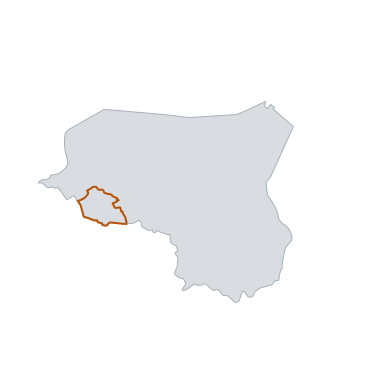 location of Maysan within Iraq, rotated 145°
{"feature_id": "IRQ-3226", "entity_name": "Maysan", "entity_type": "Province", "adm_level": 1, "iso_a3": "IRQ", "parent_name": "Iraq", "parent_adm1": "", "projection": "robinson", "projection_center": [47.004, 31.976], "detail": "fine", "context": "in_parent", "style": "outline", "palette": "amber", "viewbox_px": 384, "rotation_deg": 145, "n_neighbors": 0, "source": "natural_earth", "source_scale": "10m", "svg_char_len": 4795}
<svg xmlns="http://www.w3.org/2000/svg" viewBox="0 0 384 384"><g transform="rotate(145 192 192)"><path d="M161.5,77.8L163.9,77.2L168.3,73.7L170.9,70.4L171.7,70.1L174.0,71.2L175.6,71.5L179.4,70.2L181.6,70.9L183.5,71.7L184.5,71.8L189.6,73.8L190.8,74.1L193.5,74.3L197.3,74.4L199.9,73.1L201.6,71.8L202.9,71.8L204.1,72.1L205.1,72.7L206.0,73.7L206.3,75.0L206.1,79.5L206.5,80.6L207.2,81.5L208.1,81.6L209.1,80.7L211.0,79.3L213.3,77.7L215.0,76.3L216.0,75.8L217.5,75.9L219.0,76.1L219.8,76.8L219.8,77.0L220.6,79.1L222.5,86.9L223.7,87.8L225.0,88.7L225.9,89.8L226.2,91.0L226.1,92.8L226.1,94.9L226.6,96.5L227.4,97.7L228.1,98.3L229.1,98.3L230.4,98.6L231.2,99.8L233.8,108.7L234.1,109.8L235.2,110.2L237.0,110.0L238.9,110.9L240.9,112.4L242.8,115.0L244.1,115.5L248.2,115.1L253.7,115.5L256.2,116.9L256.0,117.8L254.0,118.7L250.5,119.8L249.4,121.7L248.8,124.2L248.9,125.6L249.8,127.1L252.3,130.1L252.4,131.2L252.8,132.7L253.3,133.8L252.8,135.8L250.5,137.2L247.6,138.7L241.6,145.5L241.1,146.9L241.2,150.9L240.6,152.1L238.7,152.0L237.2,151.8L237.1,153.2L236.2,155.1L235.7,156.7L237.8,160.5L238.2,162.6L237.8,164.4L235.8,167.6L234.6,169.8L234.9,170.2L236.5,171.1L241.4,178.1L242.9,180.6L245.0,179.9L245.8,180.0L246.4,180.4L246.8,181.2L246.8,182.3L246.2,183.8L248.9,184.5L249.8,186.1L252.9,191.5L252.8,193.2L251.3,195.7L251.3,197.5L251.6,199.0L252.1,199.5L256.7,199.7L258.6,200.4L263.3,203.2L268.7,207.4L273.2,211.0L276.9,214.0L281.0,213.7L282.1,214.3L283.1,215.2L284.3,217.7L286.6,223.2L288.6,225.1L291.6,229.5L294.5,233.7L292.6,239.4L290.8,245.3L290.8,252.9L290.8,257.0L294.7,257.1L299.0,257.3L299.1,262.2L299.1,267.1L299.2,272.7L300.5,273.0L302.5,274.2L303.4,276.0L304.5,277.0L305.8,277.1L307.1,278.0L308.4,279.6L308.8,280.9L308.5,281.7L308.8,283.2L309.7,285.3L310.8,286.3L312.5,287.5L310.2,288.2L307.7,287.7L302.4,285.2L300.7,285.1L298.4,286.1L298.3,286.9L292.7,284.2L290.7,283.6L290.0,283.5L286.8,283.6L282.2,284.1L279.5,285.2L277.6,286.4L276.8,287.5L276.5,288.2L275.0,291.6L273.3,296.0L271.6,300.0L268.2,305.6L266.3,308.1L262.2,312.9L257.9,313.9L247.7,313.0L236.5,311.9L225.3,310.9L216.9,310.1L216.3,309.8L208.1,303.0L201.6,297.6L193.6,290.8L185.3,283.9L177.0,276.9L171.0,271.9L163.6,265.3L157.0,259.4L151.7,254.7L145.0,250.6L139.7,247.3L132.0,242.7L125.9,238.9L120.7,235.7L112.6,230.8L109.9,229.5L101.5,227.8L93.6,226.4L85.3,225.0L79.8,224.0L83.5,220.5L82.5,217.3L79.8,217.9L77.4,218.7L76.0,213.8L77.9,213.2L76.3,206.8L74.7,200.2L73.1,193.9L71.5,187.4L78.6,183.2L83.9,180.1L91.3,175.7L98.4,171.5L105.1,167.5L112.6,163.1L119.2,159.2L125.3,157.6L126.6,156.3L129.4,150.9L131.8,146.3L132.0,145.3L132.1,138.7L132.7,131.1L133.5,127.0L135.0,123.4L136.2,120.8L136.4,118.3L136.3,115.8L135.1,112.0L133.9,108.1L134.1,104.3L134.4,102.3L135.3,99.0L136.8,96.7L138.3,95.2L144.0,93.7L147.4,92.8L152.0,88.6L154.7,86.1L158.5,82.1L161.3,79.2L161.5,78.2L161.5,77.8Z" fill="#d9dde1" stroke="#a8b0b8" stroke-width="1"/><path d="M264.1,203.5L265.3,204.5L266.9,205.5L268.0,206.6L275.4,213.1L276.2,213.7L276.9,214.1L277.7,214.3L278.6,214.2L279.0,214.0L280.2,213.4L280.5,213.4L281.9,213.9L282.4,214.2L282.7,214.6L283.0,215.0L283.4,215.5L284.1,216.0L284.2,216.3L284.3,216.6L284.2,216.8L284.0,217.0L283.8,217.5L283.7,217.6L283.7,217.8L283.9,218.2L284.0,218.3L284.7,219.0L284.9,219.2L285.0,219.4L285.4,220.0L285.5,220.1L285.8,220.3L285.9,220.6L286.4,221.0L286.5,221.4L286.5,221.8L286.4,222.1L286.2,222.3L286.1,222.6L286.1,223.1L286.1,223.3L286.3,223.4L286.6,223.5L287.0,223.7L287.2,224.0L287.4,224.3L287.8,224.3L288.2,224.5L288.3,224.6L288.7,225.1L289.2,226.4L289.6,226.9L290.5,227.3L290.7,227.8L290.8,228.3L291.7,229.9L291.9,230.2L292.3,230.5L292.5,230.6L292.7,230.9L292.8,231.4L292.9,231.6L293.3,232.1L294.3,232.8L294.6,233.4L294.7,234.0L294.5,234.7L290.8,245.1L290.7,250.1L287.3,249.2L283.7,248.8L282.6,248.9L279.2,249.8L278.3,250.2L277.8,250.7L277.4,251.4L277.1,253.2L272.7,252.9L270.1,252.9L269.2,252.4L268.8,252.1L267.7,251.2L267.5,250.8L267.4,250.5L267.4,250.2L267.4,249.9L267.5,248.9L267.5,248.6L267.5,248.3L267.4,248.0L267.3,247.7L266.9,247.3L266.7,247.0L266.4,246.8L264.2,245.4L263.8,244.2L263.7,243.9L263.8,243.5L264.0,243.0L264.2,242.6L264.3,242.0L264.2,241.6L264.0,241.1L263.8,240.8L263.0,240.1L262.6,239.7L261.8,238.4L261.6,238.3L260.9,237.8L259.9,236.7L259.3,235.2L259.4,234.8L259.5,234.2L257.5,230.9L256.9,229.6L257.1,229.1L257.6,228.8L258.0,228.7L257.9,228.5L257.6,228.1L257.1,227.5L260.2,227.4L261.1,227.5L262.0,228.0L263.0,228.2L263.5,228.1L264.2,223.7L263.9,223.2L263.4,222.5L260.4,221.1L259.9,220.8L259.8,220.3L260.0,219.8L261.0,216.8L261.1,216.5L261.0,216.3L260.8,216.1L260.4,215.8L260.2,215.6L260.2,215.3L260.4,215.0L260.7,214.4L260.8,214.2L260.9,213.8L261.0,213.5L261.0,213.2L261.0,211.4L261.1,210.0L262.8,205.1L262.9,204.8L263.5,204.5L263.7,204.2L264.1,203.5Z" fill="none" stroke="#b45309" stroke-width="2"/></g></svg>